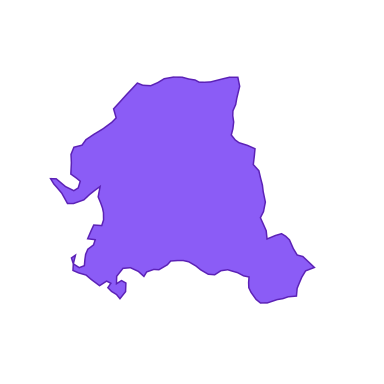 the district of Jaboti, Paraná, Brazil, rotated 197°
{"feature_id": "56859067B82658845129060", "entity_name": "Jaboti", "entity_type": "district", "adm_level": 2, "iso_a3": "BRA", "parent_name": "Brazil", "parent_adm1": "Paraná", "projection": "albers", "projection_center": [-50.077, -23.72], "detail": "fine", "context": "isolated", "style": "filled", "palette": "violet", "viewbox_px": 384, "rotation_deg": 197, "n_neighbors": 0, "source": "geoboundaries", "source_scale": "gbopen_adm2", "svg_char_len": 1926}
<svg xmlns="http://www.w3.org/2000/svg" viewBox="0 0 384 384"><g transform="rotate(197 192 192)"><path d="M61.7,123.0L63.3,130.6L62.8,136.2L62.1,142.7L60.3,149.8L52.9,155.6L67.1,162.7L73.0,162.5L78.6,167.5L84.8,174.7L89.5,177.1L94.2,178.3L99.5,174.8L106.5,169.0L109.7,176.6L114.6,182.3L119.1,187.4L117.9,194.1L118.9,203.8L124.1,213.3L126.7,219.2L130.4,225.2L134.3,231.9L141.4,236.1L143.0,245.0L144.4,251.8L152.6,252.8L161.5,252.9L165.9,254.4L171.1,258.0L171.4,264.4L172.6,271.1L175.3,276.8L176.6,281.6L175.8,288.4L176.6,295.0L177.3,307.0L181.7,315.1L189.7,312.7L195.0,309.6L206.4,302.7L211.8,300.7L217.2,299.1L221.8,300.0L228.1,299.1L235.0,298.9L243.5,296.4L251.7,292.2L256.6,286.7L262.5,281.6L270.2,279.7L276.1,280.2L282.8,266.6L287.4,256.8L291.3,248.6L286.2,240.7L289.0,235.3L295.6,226.4L302.5,218.7L308.7,211.1L310.9,204.6L318.0,200.3L318.7,192.6L315.9,184.7L313.1,173.7L306.5,171.5L302.0,169.6L302.0,162.6L305.4,158.7L314.6,160.2L325.7,164.9L331.1,163.4L326.4,159.2L322.4,156.8L316.1,152.7L307.7,144.6L302.0,146.3L293.1,152.9L289.2,159.7L285.7,164.8L281.5,170.4L280.3,159.9L276.1,154.8L272.9,150.5L270.6,146.3L268.4,139.4L268.5,133.5L276.3,131.7L277.1,126.0L278.1,116.8L270.6,118.1L270.7,112.6L274.9,106.8L275.5,101.3L274.7,96.3L273.4,90.1L277.7,86.7L284.5,88.6L282.9,82.2L276.9,81.5L269.0,81.6L262.8,78.9L253.0,75.4L247.6,81.8L242.9,81.0L244.5,75.9L239.9,73.4L234.2,71.9L229.7,68.9L226.4,77.3L228.6,85.6L233.5,86.7L237.4,82.2L239.4,89.4L235.7,98.8L228.8,101.6L220.1,100.4L213.3,97.2L212.0,102.3L205.9,106.8L200.9,108.0L194.3,115.2L192.2,119.8L185.9,122.2L180.4,123.9L174.6,124.3L166.6,122.4L160.9,120.1L152.4,118.1L146.1,119.5L141.3,125.2L135.1,128.1L130.4,128.1L124.8,128.2L118.1,126.9L112.6,127.4L111.4,122.0L109.7,117.1L106.2,113.3L99.3,108.0L94.1,105.9L87.5,108.0L79.1,114.0L73.9,116.6L69.4,119.9L61.7,123.0ZM284.5,88.6L285.0,97.5L288.0,93.7L284.5,88.6Z" fill="#8b5cf6" stroke="#5b21b6" stroke-width="1.5"/></g></svg>